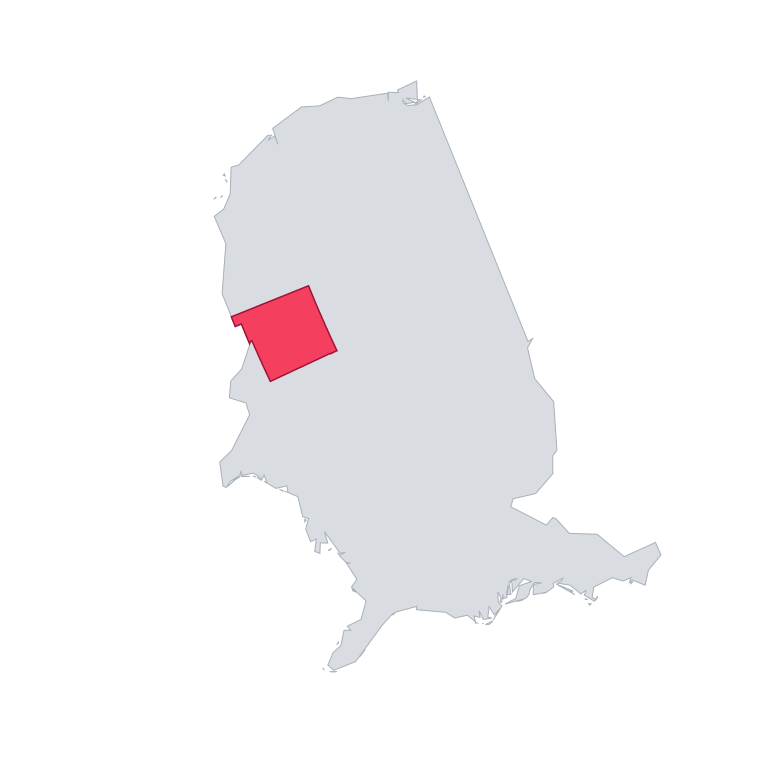 United States of America, with New Mexico highlighted, rotated 67°
{"feature_id": "USA-3524", "entity_name": "New Mexico", "entity_type": "State", "adm_level": 1, "iso_a3": "USA", "parent_name": "United States of America", "parent_adm1": "", "projection": "orthographic", "projection_center": [-107.139, 34.164], "detail": "fine", "context": "in_parent", "style": "filled", "palette": "rose", "viewbox_px": 768, "rotation_deg": 67, "n_neighbors": 0, "source": "natural_earth", "source_scale": "10m", "svg_char_len": 6836}
<svg xmlns="http://www.w3.org/2000/svg" viewBox="0 0 768 768"><g transform="rotate(67 384 384)"><path d="M605.5,246.6L636.8,230.4L635.9,196.0L649.6,195.9L658.8,213.5L671.3,222.2L661.6,231.9L662.5,235.5L658.6,232.2L658.9,240.6L651.6,249.6L652.9,270.3L661.7,275.8L665.0,273.3L662.6,270.3L664.4,271.4L666.3,275.1L656.7,282.1L653.0,278.8L654.1,284.9L642.0,291.2L635.0,302.1L634.5,297.6L632.6,295.2L633.6,306.1L637.0,306.9L639.2,315.7L636.3,329.0L626.9,324.7L628.7,316.4L625.5,322.8L630.1,329.7L634.6,333.1L636.7,337.8L633.9,358.6L632.9,346.5L622.6,338.2L623.4,325.6L617.8,331.2L625.5,346.9L617.3,344.1L615.2,345.3L615.6,339.5L615.0,338.0L614.0,342.7L615.1,346.2L627.2,349.3L625.9,353.0L619.5,348.7L617.5,348.3L625.4,353.4L628.3,354.0L628.2,358.6L624.1,356.4L630.9,361.1L630.0,362.4L626.6,359.9L619.9,360.5L629.5,364.0L634.4,362.1L644.0,375.8L636.1,365.5L639.8,372.7L630.0,374.2L639.0,379.5L641.6,376.2L639.6,384.5L629.9,385.0L636.4,386.8L632.7,391.9L639.0,392.6L629.4,397.5L627.1,410.3L618.2,416.4L604.5,442.3L601.5,440.7L598.6,461.5L599.0,466.3L605.3,479.9L628.4,518.4L627.9,542.1L620.7,545.5L611.2,535.5L607.9,525.9L595.1,517.0L597.7,510.9L592.6,512.5L591.8,497.1L576.6,485.3L558.2,493.3L553.2,485.3L534.1,488.6L535.9,484.8L533.1,488.8L524.7,492.1L523.6,485.4L522.9,490.4L496.6,496.5L508.4,497.9L505.4,504.7L514.9,509.2L511.0,513.2L500.3,506.9L500.5,513.2L486.9,512.7L478.4,506.0L474.4,510.7L454.1,507.3L443.6,517.4L446.3,514.7L439.9,513.2L437.8,524.3L426.4,532.6L429.0,530.2L420.9,530.0L424.0,533.3L415.1,538.8L412.4,551.0L408.0,549.6L411.9,552.4L413.4,563.3L417.7,569.5L415.1,572.1L391.7,565.7L385.6,550.1L359.8,519.7L347.5,518.5L336.3,531.7L321.4,523.8L314.5,509.1L295.1,492.0L273.1,491.8L273.0,498.4L237.5,497.7L193.0,474.7L163.4,474.8L160.4,463.3L149.0,451.4L124.7,440.0L125.6,432.1L109.8,393.9L111.0,390.3L114.4,395.6L112.9,387.5L121.9,388.1L105.2,386.6L96.7,351.6L102.8,334.7L101.9,314.5L108.5,302.7L117.7,267.1L125.0,269.3L117.1,266.1L121.4,256.9L118.6,256.5L117.8,235.6L135.1,242.1L129.4,252.1L136.8,245.5L134.5,254.2L129.8,255.7L132.8,256.6L136.9,253.4L139.8,244.6L137.5,230.1L401.0,234.8L400.2,229.5L406.7,237.7L437.9,243.2L466.5,234.7L512.5,250.7L516.0,256.7L532.5,263.6L544.1,287.3L540.1,309.9L546.6,315.3L577.3,289.7L572.9,280.8L575.4,278.3L593.9,271.8L605.5,246.6ZM647.4,293.8L652.5,290.6L635.2,303.8L648.6,290.7L647.4,293.8ZM137.2,238.8L138.6,244.8L138.2,245.6L135.7,240.9L137.2,238.8ZM417.2,567.7L413.5,558.4L413.2,552.9L414.1,558.6L417.2,567.7ZM663.1,232.0L664.3,234.8L663.2,234.6L663.1,232.0ZM479.0,508.8L479.8,510.9L477.4,509.5L479.0,508.8ZM133.4,450.2L136.4,449.4L136.6,449.7L133.4,450.2ZM130.4,449.0L129.1,450.4L128.2,448.9L130.4,449.0ZM661.8,280.5L661.0,282.9L660.4,282.7L661.8,280.5ZM414.6,547.7L413.2,552.2L416.7,543.4L414.6,547.7ZM621.4,505.5L625.8,513.2L620.8,504.9L621.4,505.5ZM147.6,459.2L148.6,461.7L147.4,459.4L147.6,459.2ZM629.4,543.0L627.5,546.4L630.3,539.7L629.4,543.0ZM646.4,380.7L645.1,384.7L644.6,376.4L646.4,380.7ZM135.7,233.9L135.4,235.5L134.5,234.5L135.7,233.9ZM424.3,535.0L420.1,537.5L424.4,534.4L424.3,535.0ZM667.2,279.2L667.9,281.3L666.1,281.4L667.2,279.2ZM146.8,465.7L147.5,468.6L146.4,465.9L146.8,465.7ZM419.2,539.2L417.5,540.5L418.9,538.6L419.2,539.2ZM637.0,341.5L636.1,346.6L636.8,339.8L637.0,341.5ZM442.5,519.5L439.9,521.5L443.6,518.1L442.5,519.5ZM599.6,463.6L599.8,467.2L599.1,464.9L599.6,463.6ZM640.0,392.9L639.4,393.8L641.0,390.4L640.0,392.9ZM564.9,491.0L562.1,493.5L560.7,493.4L564.9,491.0ZM523.4,491.7L522.9,492.4L521.0,492.6L523.4,491.7ZM604.5,527.1L605.4,529.4L603.8,526.7L604.5,527.1ZM515.7,498.2L515.6,500.6L514.8,496.5L515.7,498.2ZM623.3,550.9L621.6,551.7L623.9,550.3L623.3,550.9ZM639.2,317.3L638.9,319.8L639.1,316.3L639.2,317.3ZM643.5,385.9L642.7,387.1L643.5,385.9Z" fill="#d9dde1" stroke="#a8b0b8" stroke-width="1"/><path d="M274.0,491.9L273.7,491.9L273.4,491.9L273.0,491.9L273.0,492.0L273.0,492.3L273.0,492.5L273.0,492.8L273.0,493.0L273.0,493.3L273.0,493.5L273.0,493.8L273.0,494.0L273.0,494.3L273.0,494.5L273.0,494.8L273.0,495.0L273.0,495.3L273.0,495.5L273.0,495.8L273.0,496.0L273.0,496.3L273.0,496.5L273.0,496.8L273.0,497.0L273.0,497.3L273.0,497.5L273.0,497.9L273.0,498.0L273.0,498.3L273.0,498.5L272.4,498.5L271.9,498.5L271.4,498.5L270.8,498.4L270.3,498.4L269.8,498.4L269.2,498.4L268.7,498.4L268.2,498.4L267.6,498.4L267.1,498.4L266.5,498.4L266.0,498.4L265.5,498.4L264.9,498.4L264.4,498.4L263.9,498.3L263.5,498.3L263.3,498.3L262.8,498.3L262.5,498.3L262.5,498.2L262.6,495.6L262.6,493.0L262.7,490.4L262.7,487.9L262.8,485.3L262.8,482.7L262.9,480.1L262.9,477.5L263.0,474.9L263.0,472.3L263.0,469.7L263.1,467.1L263.1,464.5L263.2,461.9L263.2,459.3L263.3,456.7L263.3,454.1L263.4,451.5L263.4,448.9L263.5,446.3L263.5,443.7L263.6,441.1L263.6,438.5L263.7,435.9L263.7,433.3L263.8,430.7L263.8,428.1L263.9,425.5L263.9,422.9L264.0,420.3L264.0,417.7L264.1,415.1L266.3,415.1L268.5,415.1L270.7,415.2L273.0,415.2L275.2,415.2L277.4,415.2L279.6,415.3L281.8,415.3L284.0,415.3L286.3,415.3L288.5,415.3L290.7,415.3L292.9,415.3L295.1,415.2L297.3,415.2L299.5,415.2L301.8,415.2L304.0,415.1L306.2,415.1L308.4,415.1L310.6,415.0L312.8,415.0L315.1,414.9L317.3,414.9L319.5,414.8L321.7,414.8L323.9,414.7L326.1,414.6L328.3,414.5L330.5,414.5L332.8,414.4L335.0,414.3L335.0,416.1L335.1,418.0L335.2,419.8L335.3,421.6L334.8,421.6L334.8,421.9L334.8,422.4L334.9,424.4L335.0,426.4L335.1,428.5L335.1,430.5L335.2,432.6L335.3,434.6L335.4,436.6L335.4,438.7L335.5,440.7L335.6,442.8L335.7,444.8L335.7,446.8L335.8,448.9L335.9,450.9L336.0,453.0L336.0,455.0L336.1,457.0L336.2,459.1L336.2,461.1L336.3,463.2L336.4,465.2L336.5,467.2L336.5,469.3L336.6,471.3L336.7,473.4L336.7,475.4L336.8,477.4L336.9,479.5L337.0,481.5L337.0,483.6L337.1,485.6L337.2,487.6L334.4,487.7L331.6,487.8L328.9,487.9L326.1,488.0L323.4,488.1L320.6,488.2L317.8,488.3L315.1,488.3L312.3,488.4L309.5,488.5L306.8,488.5L304.0,488.5L301.2,488.6L298.5,488.6L295.7,488.6L292.9,488.7L292.6,488.7L292.4,488.7L292.4,488.9L292.7,489.4L292.8,489.7L292.8,490.1L292.9,490.3L293.2,490.8L293.2,491.1L293.3,491.2L293.4,491.3L293.6,491.3L293.8,491.4L294.4,492.0L294.2,492.0L293.7,492.0L293.4,492.0L293.1,492.0L292.7,492.0L292.4,492.0L292.1,492.0L291.8,492.0L291.5,492.0L291.1,492.0L290.8,492.0L290.5,492.0L290.2,492.0L289.8,492.0L289.5,492.0L289.2,492.0L288.9,492.0L288.5,492.0L288.2,492.0L287.9,492.0L287.6,492.0L287.3,492.0L286.9,492.0L286.6,492.0L286.3,492.0L286.0,492.0L285.6,492.0L285.3,492.0L285.0,492.0L284.7,492.0L284.3,492.0L284.0,492.0L283.7,492.0L283.4,492.0L283.1,492.0L282.7,492.0L282.4,492.0L282.1,492.0L281.8,491.9L281.4,491.9L281.1,491.9L280.8,491.9L280.5,491.9L280.1,491.9L279.8,491.9L279.5,491.9L279.2,491.9L278.9,491.9L278.5,491.9L278.2,491.9L277.9,491.9L277.6,491.9L277.2,491.9L276.9,491.9L276.6,491.9L276.3,491.9L275.9,491.9L275.6,491.9L275.3,491.9L275.0,491.9L274.7,491.9L274.3,491.9L274.0,491.9Z" fill="#f43f5e" stroke="#9f1239" stroke-width="1.5"/></g></svg>